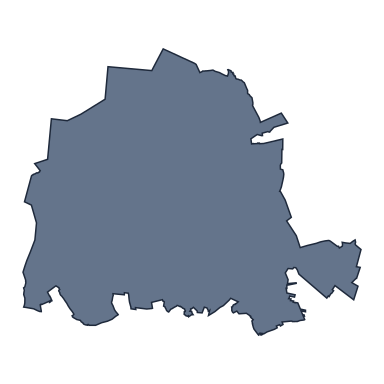 San Diego de la Unión, Guanajuato, Mexico (Robinson projection)
{"feature_id": "50627088B13411360723514", "entity_name": "San Diego de la Unión", "entity_type": "district", "adm_level": 2, "iso_a3": "MEX", "parent_name": "Mexico", "parent_adm1": "Guanajuato", "projection": "robinson", "projection_center": [-100.814, 21.457], "detail": "fine", "context": "isolated", "style": "filled", "palette": "slate", "viewbox_px": 384, "rotation_deg": 0, "n_neighbors": 0, "source": "geoboundaries", "source_scale": "gbopen_adm2", "svg_char_len": 5834}
<svg xmlns="http://www.w3.org/2000/svg" viewBox="0 0 384 384"><path d="M23.7,307.1L25.8,307.4L33.7,308.8L37.4,310.6L39.7,311.5L41.3,311.6L41.3,311.1L40.2,304.9L40.8,304.8L40.8,304.3L40.9,304.2L41.4,304.2L42.0,304.4L42.3,304.3L43.5,303.7L43.9,303.6L49.3,301.2L49.5,302.4L50.5,301.8L50.6,301.3L50.4,300.9L50.5,300.7L50.9,300.9L51.7,301.0L51.9,300.9L51.9,300.4L51.2,299.3L50.9,298.2L49.8,296.1L49.6,296.2L47.5,292.1L55.5,286.1L56.0,285.9L59.0,287.8L59.0,288.4L59.3,288.7L59.3,288.9L59.7,289.5L59.1,290.0L58.7,290.7L58.8,291.0L59.0,291.4L59.8,292.7L59.8,293.3L60.2,294.4L60.8,295.3L61.9,296.3L62.8,297.6L63.3,298.1L65.3,301.2L66.8,303.3L68.3,306.1L70.0,308.7L72.2,311.5L73.7,313.8L73.8,314.5L73.6,314.6L72.9,315.3L72.1,315.8L72.4,316.3L72.5,316.3L72.8,316.9L72.7,317.0L73.1,317.4L76.9,319.6L77.6,319.7L80.4,320.4L81.3,321.9L81.9,322.1L82.1,322.4L82.6,322.7L82.9,323.1L83.3,323.3L83.3,323.6L83.7,324.1L85.3,324.8L87.4,325.2L87.3,324.7L88.2,324.4L88.8,324.8L89.0,325.2L89.2,325.3L95.6,325.3L101.7,322.7L107.5,321.2L112.1,319.2L115.7,316.3L118.2,314.7L118.0,314.3L115.5,311.3L114.5,309.7L112.9,305.5L112.3,304.5L112.0,303.7L111.7,303.4L111.6,302.9L111.6,301.7L111.9,301.3L112.2,300.1L112.7,296.9L113.2,295.5L113.0,293.7L124.3,294.8L124.4,292.7L128.3,293.2L128.7,295.0L129.1,299.3L129.5,302.1L130.9,307.2L131.0,308.8L135.8,309.5L135.5,307.6L146.7,309.0L151.9,308.5L152.5,308.3L151.5,302.4L162.4,299.7L162.5,300.2L163.1,301.3L163.7,301.3L164.3,301.9L163.6,306.1L165.1,307.0L165.2,307.7L165.8,308.6L166.4,310.1L166.7,310.6L167.8,311.6L168.7,312.0L170.8,309.2L172.0,308.7L174.4,307.2L176.6,306.1L177.0,305.5L177.7,305.5L178.7,306.0L180.3,306.7L180.5,306.4L181.5,307.0L182.7,308.2L183.1,308.2L183.8,308.7L184.0,308.7L184.6,309.0L184.6,309.5L184.9,310.1L185.4,310.7L185.2,311.5L184.4,311.6L184.2,311.9L184.4,312.2L184.2,313.3L184.2,314.3L184.5,314.6L185.1,314.4L184.7,314.7L185.2,315.0L186.1,315.9L186.6,315.9L187.5,316.2L188.3,315.7L188.6,316.8L191.8,314.6L192.4,314.8L193.1,314.7L192.6,314.0L191.9,312.6L191.7,311.5L189.9,311.2L190.4,310.5L190.8,310.1L190.6,309.0L190.9,308.9L191.0,308.7L191.7,308.7L193.4,307.3L197.2,311.0L197.3,312.5L202.1,312.9L204.3,307.2L206.9,307.9L208.1,310.2L208.1,310.6L208.2,310.2L208.3,311.2L209.2,310.8L209.4,310.8L209.6,310.6L208.5,315.5L214.9,311.6L220.0,307.4L223.4,305.6L229.0,300.3L230.7,298.3L238.2,301.8L236.5,303.3L235.7,303.7L235.7,303.9L235.3,304.0L235.2,304.4L234.9,304.5L234.3,304.4L234.1,304.6L233.4,304.9L233.0,305.5L232.6,306.7L231.6,307.0L231.8,308.2L231.8,310.6L232.5,312.0L232.8,312.4L233.4,312.9L236.8,311.1L239.0,313.8L246.4,313.3L250.7,316.2L250.3,316.6L250.9,317.4L250.9,317.6L251.1,317.7L253.2,319.7L251.9,321.0L252.6,323.7L252.4,323.8L253.3,327.2L254.0,329.1L258.0,334.4L258.5,334.9L258.6,335.1L259.0,334.9L258.7,334.2L259.9,333.2L261.0,335.1L262.4,334.5L261.8,333.4L263.7,333.6L263.9,333.8L267.1,331.9L274.4,329.3L277.2,327.8L276.4,326.0L279.6,324.7L280.4,326.0L283.0,324.5L282.1,322.0L291.1,321.1L292.0,321.2L292.3,321.4L292.4,321.6L297.4,321.5L300.0,320.5L303.8,320.0L304.4,319.8L304.7,319.6L303.2,315.9L304.4,316.1L304.1,314.9L302.7,314.7L301.1,310.9L305.5,311.8L305.5,310.2L300.4,309.1L297.8,302.9L294.9,302.4L294.9,302.7L293.1,302.1L293.5,301.0L290.5,300.6L291.0,299.0L288.7,298.7L289.0,298.3L289.7,296.1L294.5,297.1L295.1,294.8L286.9,293.0L286.1,288.3L286.9,288.4L286.8,285.1L288.4,285.0L296.2,283.4L296.1,282.8L288.7,283.5L287.5,283.5L288.1,279.7L285.3,272.9L288.1,268.5L292.7,268.9L293.8,267.5L295.8,267.7L297.3,269.9L298.9,274.1L299.1,274.3L326.8,298.1L328.3,295.9L329.1,296.6L330.9,293.6L331.6,293.4L333.6,290.7L332.3,289.7L335.0,285.6L353.7,299.8L358.0,286.2L351.8,282.6L356.6,277.9L356.7,278.0L360.2,267.4L356.4,266.7L361.0,249.5L355.6,245.0L355.1,243.9L355.6,242.2L355.1,239.9L352.7,241.4L350.2,243.4L345.5,242.9L342.2,242.3L342.5,244.1L342.5,244.7L342.3,246.2L339.4,248.0L339.2,247.9L338.6,246.3L338.2,246.2L337.6,246.4L337.3,246.3L330.4,241.2L329.5,240.7L328.9,240.5L328.3,240.5L325.1,240.9L321.7,241.6L320.1,242.0L316.4,243.3L307.3,245.5L300.2,247.6L296.3,235.7L286.6,220.9L291.3,217.3L285.2,200.1L280.3,191.3L279.7,191.3L280.0,190.5L280.4,189.6L281.4,186.8L282.9,180.1L283.5,177.1L283.8,174.2L283.6,172.7L282.8,169.8L280.4,169.1L280.3,165.3L280.9,163.8L281.7,163.0L281.9,149.4L282.7,149.5L282.8,139.0L263.7,143.5L259.5,143.7L259.4,143.1L258.1,143.1L258.3,143.5L252.9,143.8L252.9,143.6L251.6,143.9L250.9,138.8L257.2,134.5L261.8,135.7L262.5,135.6L262.2,133.2L267.8,131.6L268.8,132.0L269.7,132.1L269.9,131.6L273.9,127.3L287.8,123.0L281.3,113.1L260.4,122.4L260.2,121.1L258.9,117.5L252.7,105.9L252.4,105.0L252.1,105.0L252.8,104.7L252.9,102.9L252.0,97.8L249.7,95.5L249.3,94.6L247.8,93.7L247.6,93.4L247.6,90.3L246.8,88.7L244.3,82.7L242.9,81.7L242.3,81.0L241.9,80.7L241.3,80.1L241.0,80.0L240.6,80.1L239.9,80.0L238.4,79.3L236.3,78.9L235.9,78.6L235.4,77.1L235.4,76.6L235.1,75.9L234.9,75.8L234.4,76.0L234.2,75.9L233.9,75.3L233.7,74.0L232.9,74.0L232.7,73.8L233.0,72.5L232.3,72.4L231.6,72.1L231.3,71.7L231.2,71.8L231.0,71.1L231.0,70.8L228.2,69.6L227.8,69.7L228.6,71.8L228.3,73.8L227.5,76.1L226.1,75.7L225.3,75.6L224.2,75.0L222.3,74.1L219.5,72.6L215.1,71.3L213.0,70.1L212.0,70.2L211.1,70.4L206.3,70.9L205.4,70.9L204.1,71.1L202.7,71.0L202.1,71.6L199.9,72.6L196.1,64.4L194.5,63.3L180.5,56.9L163.2,48.9L154.6,65.2L151.8,70.6L108.0,66.7L105.1,99.2L80.9,114.2L67.3,120.7L51.4,118.8L47.6,159.3L34.7,163.6L40.2,170.7L39.9,171.0L39.6,171.6L39.5,171.9L39.4,172.1L38.7,172.2L37.8,173.0L36.9,172.8L36.1,173.1L35.4,173.7L33.3,174.4L33.0,174.9L32.4,175.0L31.5,175.9L24.5,201.8L31.4,205.1L36.5,222.9L34.9,240.0L30.4,251.8L26.8,260.6L24.8,266.4L23.0,272.2L25.7,280.2L25.6,281.2L25.8,281.5L25.8,283.0L24.8,286.9L23.6,287.9L24.2,289.8L24.3,290.9L24.0,291.8L23.7,294.6L24.3,296.3L24.5,297.1L24.7,297.4L24.9,298.6L24.8,302.9L24.4,305.1L23.7,307.1Z" fill="#64748b" stroke="#1e293b" stroke-width="1.5"/></svg>